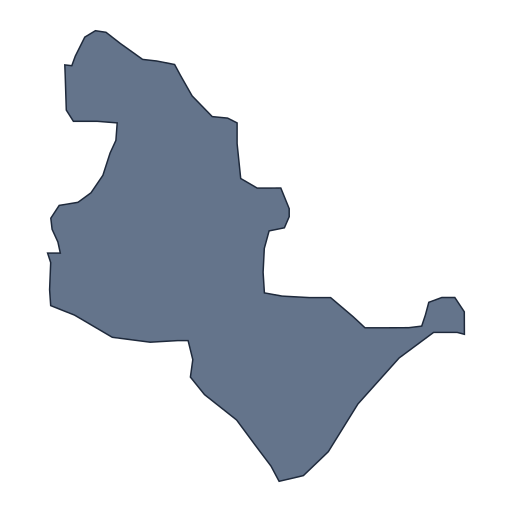 the border of Brvenica
{"feature_id": "MKD-2961", "entity_name": "Brvenica", "entity_type": "Statistical Region", "adm_level": 1, "iso_a3": "MKD", "parent_name": "North Macedonia", "parent_adm1": "", "projection": "albers", "projection_center": [21.041, 41.872], "detail": "fine", "context": "isolated", "style": "filled", "palette": "slate", "viewbox_px": 512, "rotation_deg": 0, "n_neighbors": 0, "source": "natural_earth", "source_scale": "10m", "svg_char_len": 1067}
<svg xmlns="http://www.w3.org/2000/svg" viewBox="0 0 512 512"><path d="M174.6,64.5L180.4,75.3L192.1,95.9L212.2,116.6L227.6,118.1L237.1,122.9L237.1,143.6L240.7,178.5L257.2,188.1L270.2,188.1L280.8,188.0L289.2,208.7L289.2,216.7L284.4,227.8L269.1,230.9L264.3,248.4L263.1,272.2L264.4,292.9L282.1,296.1L309.4,297.6L330.6,297.6L353.1,316.7L365.0,327.8L385.1,327.8L408.7,327.7L421.7,326.1L425.4,315.0L428.8,302.3L441.8,297.5L454.8,297.5L464.3,311.8L464.4,334.3L457.2,332.4L433.6,332.4L399.2,357.9L357.9,404.0L328.3,451.7L303.4,475.6L279.1,481.3L271.0,466.1L255.4,445.4L236.6,420.0L204.5,394.6L190.4,377.1L192.8,359.6L188.1,340.6L177.5,340.6L150.2,342.2L112.3,337.3L74.5,315.1L60.9,309.7L50.7,305.6L49.6,289.7L50.7,262.6L47.6,253.1L57.9,253.1L60.3,253.1L57.9,242.0L52.1,229.3L50.8,218.2L59.2,205.4L78.0,202.3L91.0,192.8L102.9,175.3L110.1,153.0L115.9,140.4L117.2,122.9L97.1,121.3L73.4,121.3L66.3,110.1L65.2,75.2L64.8,64.9L71.8,65.7L75.3,56.1L84.8,37.1L95.4,30.7L106.0,32.3L120.2,43.4L142.6,59.4L156.7,61.0L174.6,64.5Z" fill="#64748b" stroke="#1e293b" stroke-width="1.5"/></svg>